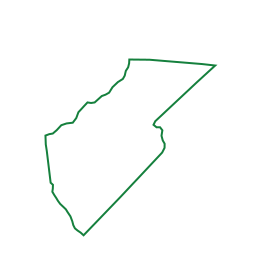 São Luís do Curu, Ceará, Brazil, rotated 228°
{"feature_id": "56859067B5197375737563", "entity_name": "São Luís do Curu", "entity_type": "district", "adm_level": 2, "iso_a3": "BRA", "parent_name": "Brazil", "parent_adm1": "Ceará", "projection": "equal_earth", "projection_center": [-39.255, -3.658], "detail": "fine", "context": "isolated", "style": "outline", "palette": "green", "viewbox_px": 256, "rotation_deg": 228, "n_neighbors": 0, "source": "geoboundaries", "source_scale": "gbopen_adm2", "svg_char_len": 881}
<svg xmlns="http://www.w3.org/2000/svg" viewBox="0 0 256 256"><g transform="rotate(228 128 128)"><path d="M178.0,174.8L175.3,172.1L173.0,168.7L171.9,164.6L169.1,160.6L167.9,157.0L168.9,151.2L168.7,143.8L166.9,137.6L167.8,133.6L169.3,129.9L169.3,124.9L169.3,120.3L171.3,117.3L174.1,115.0L173.7,110.2L173.3,106.2L172.9,101.7L170.0,96.2L168.9,90.5L172.5,85.4L174.7,80.3L174.1,73.7L174.2,68.4L176.1,65.4L177.6,61.6L170.8,55.9L165.3,52.3L139.1,33.9L136.0,34.2L133.4,31.7L131.2,29.1L127.2,28.3L123.8,27.8L120.8,27.2L117.0,26.8L112.1,27.2L109.1,27.4L105.8,26.8L100.9,26.1L96.0,24.2L92.3,22.3L88.9,21.4L85.6,21.9L82.0,22.8L78.0,23.2L81.8,76.2L86.9,137.0L88.8,141.9L91.8,144.7L95.5,145.5L99.8,147.7L103.3,152.0L107.1,152.3L109.4,149.7L113.3,149.1L114.8,152.8L115.9,210.1L116.1,234.6L126.0,225.8L150.5,202.7L164.3,189.7L178.0,174.8Z" fill="none" stroke="#15803d" stroke-width="2"/></g></svg>